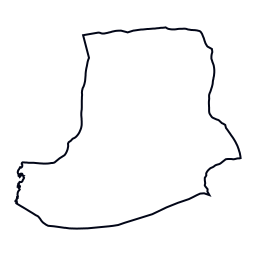 the district of Abs, Hajjah, Yemen
{"feature_id": "15242507B78057914295959", "entity_name": "Abs", "entity_type": "district", "adm_level": 2, "iso_a3": "YEM", "parent_name": "Yemen", "parent_adm1": "Hajjah", "projection": "orthographic", "projection_center": [43.036, 16.018], "detail": "fine", "context": "isolated", "style": "outline", "palette": "ink", "viewbox_px": 256, "rotation_deg": 0, "n_neighbors": 0, "source": "geoboundaries", "source_scale": "gbopen_adm2", "svg_char_len": 5638}
<svg xmlns="http://www.w3.org/2000/svg" viewBox="0 0 256 256"><path d="M22.5,162.4L21.9,163.0L21.7,163.9L22.2,164.5L22.3,165.8L22.1,166.7L21.6,167.3L21.1,167.6L20.7,167.3L20.2,167.1L19.8,167.7L19.7,168.2L19.4,168.5L19.1,169.2L18.4,170.0L18.3,170.4L18.1,170.6L17.9,171.4L17.9,171.7L17.7,172.1L18.0,173.4L18.4,173.8L18.4,174.1L18.5,174.7L18.5,175.1L18.7,176.3L18.8,176.6L18.9,175.9L18.9,175.3L19.2,175.1L19.7,174.2L20.3,173.9L21.0,173.6L21.8,173.7L22.2,173.8L22.3,174.1L21.9,174.6L21.5,174.8L21.1,174.9L20.5,175.1L20.1,175.7L19.6,176.0L19.5,176.3L19.5,176.6L19.7,177.0L20.1,176.6L20.3,176.1L21.0,175.5L22.0,175.3L22.5,175.2L23.7,175.8L23.3,176.1L23.5,176.8L23.7,177.6L24.0,177.8L23.8,178.6L23.2,179.3L22.8,180.1L22.5,181.0L21.6,182.0L20.4,182.1L19.8,181.9L19.3,182.3L18.9,183.7L18.7,183.4L18.3,183.6L18.3,184.2L18.0,185.1L17.9,185.4L17.9,185.8L17.7,186.1L17.7,186.6L18.5,186.3L18.6,185.8L18.7,185.5L19.1,185.4L19.4,185.5L19.8,186.0L20.0,186.3L19.9,186.8L19.6,187.4L18.6,187.3L18.6,187.9L19.7,189.5L19.1,190.4L18.3,191.2L17.8,192.4L17.5,194.4L17.6,195.3L17.9,196.3L17.5,196.7L17.0,197.0L17.0,197.5L17.4,197.6L17.7,197.7L17.7,198.1L17.5,198.3L17.1,198.1L16.8,199.1L16.6,199.2L16.6,199.9L16.6,200.7L16.2,201.0L15.6,200.7L15.4,201.0L15.4,201.4L15.5,201.5L15.8,201.7L16.4,201.8L16.9,202.1L16.8,202.4L16.9,202.8L16.4,203.0L16.3,203.3L16.9,203.7L22.2,206.9L22.3,206.9L30.5,211.9L32.2,212.9L35.8,215.2L37.7,216.1L38.5,216.8L39.4,217.9L40.2,218.9L41.2,220.5L42.2,221.7L43.2,222.7L46.2,224.8L48.2,225.8L53.8,226.3L57.5,226.8L63.8,227.7L64.3,227.8L65.2,227.8L69.6,228.4L76.8,228.6L87.9,228.3L96.4,227.5L109.0,226.3L113.2,225.8L118.2,225.0L124.6,222.8L152.3,214.2L166.5,207.4L177.5,203.0L177.7,202.9L188.9,199.1L193.2,197.0L196.7,195.2L200.2,193.6L204.1,193.3L209.4,195.1L207.9,192.4L207.4,191.7L207.6,189.2L205.5,186.6L204.8,185.5L204.9,184.5L205.2,183.4L205.1,182.4L204.8,180.2L204.8,179.0L204.8,177.9L206.3,175.5L206.2,174.2L206.2,173.4L206.5,172.7L207.1,171.6L207.8,170.7L208.6,169.8L209.6,168.9L210.4,168.2L211.5,167.7L212.7,167.2L213.7,166.6L214.6,165.9L215.4,165.3L216.4,164.9L217.7,164.5L218.9,164.2L220.0,163.7L220.9,163.1L222.9,161.5L223.8,160.8L224.8,160.0L225.7,159.3L226.8,159.1L227.9,159.0L228.9,159.0L230.0,159.0L231.1,159.0L232.1,159.1L233.2,159.3L234.2,159.2L235.6,158.9L236.7,158.6L237.8,158.4L238.9,158.4L239.9,158.3L240.6,158.1L240.5,157.3L240.4,156.2L240.2,155.2L239.8,153.0L239.2,151.1L239.1,150.9L238.8,149.8L238.5,148.7L238.4,148.6L238.1,147.7L237.7,146.6L237.3,145.6L235.3,141.6L234.1,139.6L233.5,138.6L232.9,137.7L232.2,136.7L231.4,135.6L230.7,134.6L230.2,133.8L229.5,132.8L228.9,132.0L228.3,131.1L227.6,130.1L226.8,129.0L226.0,128.0L225.2,124.9L223.2,123.7L221.8,123.1L220.9,122.2L219.9,121.3L219.1,120.5L218.1,119.9L217.0,119.6L216.0,119.2L214.9,118.7L212.9,117.8L212.0,117.2L211.3,116.3L210.5,115.1L209.9,114.2L209.4,113.1L209.2,112.1L209.1,111.0L209.1,109.2L209.1,108.5L209.1,107.4L209.0,106.3L209.0,105.1L208.9,104.0L208.9,102.9L208.9,101.8L209.0,100.7L209.1,99.6L209.2,98.4L209.1,97.3L209.1,96.2L209.1,95.1L209.4,94.0L209.8,92.9L210.3,91.8L210.7,90.7L211.5,88.1L211.9,87.0L212.2,85.8L212.5,84.6L212.7,83.5L212.8,82.2L212.9,81.2L213.1,80.0L213.4,79.0L213.5,77.9L213.8,76.7L214.0,75.6L214.1,74.5L214.2,73.5L214.3,72.4L214.3,71.3L214.3,70.0L214.1,67.8L213.7,65.4L213.3,64.2L212.9,63.1L212.5,62.2L212.2,61.1L211.8,59.9L211.4,58.7L211.4,57.6L211.4,56.5L211.5,55.4L211.7,54.2L212.0,53.1L212.3,52.1L212.2,51.0L211.9,49.0L207.6,46.6L206.9,45.8L206.4,44.9L205.8,43.9L205.3,42.9L205.0,41.9L204.6,40.9L204.3,39.9L204.0,38.8L203.7,37.9L203.2,36.8L202.8,35.8L202.4,34.8L202.0,33.8L201.4,32.9L200.8,32.0L200.0,31.3L199.0,30.9L198.0,30.7L196.9,30.4L195.9,30.3L194.7,30.1L193.5,30.1L192.3,30.0L191.3,30.0L190.2,29.8L189.1,29.6L188.1,29.5L186.9,29.1L185.9,28.8L184.7,28.7L183.5,28.7L182.2,28.8L181.2,28.8L179.8,28.8L178.4,28.9L177.0,29.1L175.8,29.3L174.6,29.4L173.3,29.4L172.0,29.4L170.9,29.3L169.6,29.1L168.5,28.9L167.4,28.5L166.5,27.9L165.6,27.4L164.5,27.6L163.5,27.7L162.4,27.8L161.2,27.8L160.2,27.9L159.1,28.1L157.9,28.2L156.7,28.3L155.4,28.5L154.3,28.6L153.2,28.6L152.0,28.7L149.7,28.9L148.4,29.0L147.4,29.0L143.8,29.4L142.5,29.5L141.2,29.5L140.0,29.7L138.5,29.9L137.1,30.1L135.8,30.3L134.4,30.5L133.4,30.6L127.6,32.4L126.3,32.0L120.9,30.6L119.8,30.7L118.3,30.7L116.5,30.8L115.1,31.0L113.7,31.3L112.2,31.6L111.0,32.0L109.8,32.3L108.8,32.5L107.8,32.8L105.3,33.3L104.3,33.5L103.1,33.5L102.0,33.5L100.9,33.2L99.9,32.8L98.8,32.6L97.7,32.7L83.1,35.2L89.0,57.9L88.6,58.9L88.2,59.9L87.9,60.9L87.6,62.0L87.4,63.1L87.2,64.2L86.8,66.4L86.5,67.6L86.1,69.7L85.8,71.8L85.7,72.8L85.6,74.0L85.6,75.1L85.5,76.2L85.4,77.4L85.3,78.6L85.2,79.7L85.1,80.8L84.9,81.9L84.3,84.4L83.9,85.5L83.6,86.5L83.1,87.4L82.6,88.4L82.4,89.5L82.1,90.5L82.0,91.6L81.9,92.6L82.0,93.8L82.1,94.9L82.0,96.0L81.9,97.1L81.9,98.4L81.8,100.7L81.8,101.7L81.8,102.8L81.8,105.0L81.8,106.3L81.8,107.3L81.7,109.7L81.5,110.8L81.4,111.9L81.3,113.0L81.3,115.4L81.5,117.7L81.6,118.7L81.6,120.0L81.7,121.1L81.7,123.3L81.7,124.4L81.6,125.6L81.4,126.7L81.2,127.7L80.9,128.7L80.4,130.0L79.9,131.1L79.5,132.1L78.9,133.2L78.1,134.4L77.4,135.3L76.6,136.2L75.9,136.9L75.0,137.6L74.1,138.1L73.1,138.5L72.2,139.2L71.5,140.0L70.8,140.8L68.7,142.2L68.0,143.6L68.2,146.1L68.0,147.2L67.6,149.3L67.2,150.4L66.8,151.4L66.3,152.5L65.8,153.4L65.2,154.3L64.5,155.2L59.6,158.3L54.5,162.5L53.5,162.8L52.4,163.0L51.3,163.0L50.3,163.2L49.0,163.4L48.0,163.5L45.6,163.6L44.6,163.6L43.3,163.6L42.2,163.5L40.1,163.4L39.0,163.3L37.9,163.2L36.8,163.1L35.6,163.0L34.7,162.9L33.4,162.8L31.1,162.8L28.7,162.8L26.2,162.5L24.9,162.5L23.9,162.4L22.7,162.4L22.5,162.4Z" fill="none" stroke="#020617" stroke-width="2"/></svg>